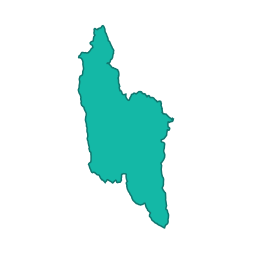 Peque, Antioquia, Colombia (Equal Earth projection), rotated 348°
{"feature_id": "7082276B42388352682684", "entity_name": "Peque", "entity_type": "district", "adm_level": 2, "iso_a3": "COL", "parent_name": "Colombia", "parent_adm1": "Antioquia", "projection": "equal_earth", "projection_center": [-75.872, 7.047], "detail": "fine", "context": "isolated", "style": "filled", "palette": "teal", "viewbox_px": 256, "rotation_deg": 348, "n_neighbors": 0, "source": "geoboundaries", "source_scale": "gbopen_adm2", "svg_char_len": 5840}
<svg xmlns="http://www.w3.org/2000/svg" viewBox="0 0 256 256"><g transform="rotate(348 128 128)"><path d="M89.6,167.8L90.1,168.7L90.7,171.3L91.3,172.4L91.4,173.0L91.8,172.9L92.3,173.5L93.5,175.1L94.3,176.6L94.7,176.1L96.0,175.3L96.8,174.3L97.4,174.3L99.9,176.7L100.4,177.0L101.4,178.5L102.3,178.3L103.1,177.5L105.2,176.5L105.4,176.8L105.6,177.3L105.7,178.7L106.2,179.2L108.2,179.2L108.9,179.4L109.3,179.2L110.7,177.7L110.9,175.8L111.3,175.2L111.8,173.3L111.9,172.6L112.2,172.1L114.0,171.7L116.0,172.3L116.4,172.6L116.6,173.1L116.1,174.8L115.9,176.8L115.9,178.3L116.3,180.2L115.2,180.8L114.8,181.8L115.0,184.0L114.7,184.8L114.7,187.6L115.0,188.6L115.3,190.3L116.1,191.9L116.2,193.1L117.3,195.8L117.3,197.5L117.9,199.8L120.5,203.7L121.2,203.8L122.3,204.9L123.2,205.4L124.2,205.7L124.3,205.9L126.6,205.7L127.7,205.3L127.9,205.0L128.6,205.0L128.9,205.1L129.1,205.8L129.2,208.8L129.5,210.0L130.1,211.4L130.1,212.4L131.7,214.7L132.3,215.8L131.3,216.9L130.9,217.8L130.7,219.0L131.2,219.6L132.0,221.3L132.1,222.5L132.4,223.3L133.6,224.6L134.8,226.4L135.8,227.1L136.1,227.5L136.6,227.5L137.0,228.3L137.4,228.8L137.6,228.9L137.9,229.3L138.6,229.7L139.4,230.4L140.1,230.8L140.4,231.3L140.9,231.5L142.1,232.8L143.0,233.3L144.0,231.5L145.0,230.6L146.6,229.9L147.4,228.9L147.8,227.7L148.1,225.6L148.8,224.3L149.6,221.5L149.5,219.9L149.2,219.0L149.3,217.3L149.2,216.6L148.8,215.7L148.4,215.6L148.2,215.0L148.4,214.2L149.6,212.0L149.6,210.5L149.8,208.3L149.8,206.1L150.3,204.4L151.1,199.6L151.0,199.1L150.4,198.3L149.4,195.7L149.0,194.1L149.2,193.3L150.3,192.0L150.9,190.7L151.4,188.3L152.2,185.5L152.1,184.0L151.6,182.9L151.4,179.9L151.9,175.3L153.1,171.7L152.9,170.4L152.9,169.3L153.1,169.0L153.8,168.7L156.2,166.4L157.7,164.3L158.4,162.0L158.3,160.4L158.0,159.0L158.1,158.0L158.4,156.9L159.3,155.3L159.8,153.5L160.5,151.5L160.5,150.5L159.6,149.5L158.0,148.6L157.7,148.1L157.7,147.7L158.2,146.4L159.0,146.4L161.0,145.9L164.2,143.2L164.4,142.7L164.7,141.4L166.1,138.0L166.5,137.9L167.2,138.6L167.5,138.6L167.9,138.5L168.4,137.8L168.7,137.1L168.7,136.7L168.3,136.0L167.6,135.5L167.5,135.2L167.6,133.6L167.9,132.0L168.6,130.4L168.8,130.4L169.2,131.1L170.0,131.1L170.5,130.7L172.5,130.8L173.4,130.3L174.2,128.7L173.9,128.6L173.9,128.2L173.7,128.0L173.6,128.4L173.3,128.5L173.2,129.0L172.7,129.0L172.1,127.5L171.1,126.8L170.2,125.7L169.4,124.6L169.3,124.0L168.7,123.4L168.0,122.2L167.1,122.2L166.5,121.7L166.1,121.7L165.9,121.4L165.6,121.5L165.2,121.2L165.1,120.6L164.6,119.7L165.0,119.5L165.1,118.9L165.1,117.7L165.3,116.7L165.1,116.4L164.9,116.3L164.9,116.1L165.1,115.8L165.4,115.8L165.0,112.5L165.4,112.0L165.4,111.3L165.7,110.9L165.8,110.7L165.4,109.8L165.6,109.3L165.5,108.8L164.9,108.4L164.4,108.5L164.3,108.3L164.0,108.4L163.8,108.3L163.7,108.4L163.4,108.3L162.9,108.4L162.6,108.3L162.3,108.5L162.0,108.2L161.6,108.1L161.5,107.8L161.5,107.2L161.0,106.8L160.0,105.4L159.7,104.6L159.2,103.9L158.4,103.3L156.1,102.8L155.7,101.8L155.6,101.2L155.3,101.0L155.2,100.7L154.5,100.5L153.7,101.3L153.1,101.4L153.0,100.4L152.5,100.2L152.2,99.6L152.1,98.6L151.7,98.5L151.4,98.0L151.0,98.1L150.6,97.8L150.2,97.8L149.8,97.3L149.2,97.2L148.9,95.9L148.6,95.4L148.2,95.2L147.7,95.3L147.5,94.9L146.2,94.7L143.2,96.3L142.3,95.9L141.9,95.4L141.1,95.2L140.8,95.2L139.7,95.9L138.8,95.9L138.4,96.0L137.9,97.1L137.5,97.4L137.0,98.2L136.3,98.7L135.9,99.8L135.4,100.1L135.1,100.9L134.4,101.1L134.1,101.0L133.4,100.2L132.6,98.2L132.4,97.2L132.4,96.5L133.0,94.5L133.0,94.4L131.2,94.6L130.2,94.3L129.8,93.9L129.5,93.5L129.3,92.3L129.4,91.6L128.8,90.6L128.8,89.9L128.5,89.7L127.9,89.7L127.9,88.7L127.8,88.3L127.8,86.7L128.0,86.0L128.5,85.8L128.6,85.6L128.4,84.6L128.5,84.2L128.3,83.8L128.5,83.4L128.1,82.3L128.2,81.6L128.4,81.1L128.4,80.3L128.7,79.3L128.6,78.7L128.9,78.0L128.8,77.8L128.6,77.6L128.5,77.1L128.9,76.8L129.0,76.4L129.5,75.9L129.6,74.8L130.1,74.5L130.4,72.4L130.4,70.5L129.9,69.7L129.9,68.8L128.9,68.3L128.2,67.4L127.2,67.1L126.2,66.0L125.7,66.0L125.1,65.7L123.7,62.9L123.1,62.1L122.9,61.4L122.0,60.7L121.1,60.5L121.2,60.3L121.5,60.1L123.1,60.4L123.7,60.2L124.7,58.8L125.1,57.8L125.7,57.3L126.1,57.4L126.4,57.2L127.5,55.9L128.7,52.7L129.4,52.0L129.6,50.5L130.2,49.2L129.9,47.8L129.4,47.1L129.2,45.5L128.7,43.8L127.9,39.7L127.7,39.2L127.2,39.0L126.9,38.6L126.9,37.4L127.0,36.8L126.9,35.1L126.5,33.5L126.3,31.2L125.8,30.0L125.6,28.7L125.9,26.9L125.9,26.1L125.4,23.6L124.8,22.7L124.1,22.7L122.1,24.5L121.3,24.4L120.4,24.4L119.7,24.8L119.3,24.7L118.7,25.4L117.3,24.9L116.7,24.0L116.2,23.8L115.6,24.1L115.3,24.6L115.2,26.2L114.6,27.3L114.4,28.6L114.4,29.3L114.9,29.9L114.9,30.5L114.4,30.8L114.0,31.3L113.4,31.8L112.0,35.6L109.9,36.0L108.7,36.8L108.6,37.6L108.7,38.0L109.3,38.8L110.0,39.3L110.2,39.7L110.4,40.5L110.3,42.0L109.8,42.3L108.8,42.6L107.4,44.1L106.2,45.1L105.6,45.3L105.2,46.0L103.2,46.1L102.3,45.5L101.1,45.4L99.2,44.6L98.4,44.6L96.2,46.9L95.0,47.4L94.4,48.7L94.5,49.0L95.7,49.3L96.7,50.1L97.1,50.8L97.5,52.1L97.7,54.0L97.1,56.5L97.0,59.7L96.8,61.1L96.2,62.2L95.5,63.3L95.0,65.4L94.3,66.6L93.3,67.1L92.5,67.2L91.8,67.5L90.5,70.0L90.4,72.8L89.6,75.1L89.2,75.9L88.6,78.3L87.4,80.2L87.3,81.1L87.5,83.7L88.2,85.7L88.3,88.1L88.2,88.7L87.8,89.6L87.8,92.5L87.7,93.0L87.3,93.4L87.2,93.9L87.4,96.1L87.8,96.5L88.3,97.6L88.8,98.0L89.3,98.8L89.1,99.6L89.2,100.6L90.2,104.6L90.2,105.2L89.8,106.9L89.0,108.3L88.0,111.3L88.0,112.7L88.2,115.5L87.7,117.7L88.0,118.6L87.9,119.9L87.4,121.5L87.3,122.6L87.1,123.1L87.4,124.7L87.0,127.7L85.9,129.8L85.9,131.4L86.2,132.5L86.0,134.3L86.0,136.9L86.2,138.3L86.0,139.4L85.6,139.9L85.5,140.3L85.7,141.1L85.7,143.0L86.5,143.9L86.5,144.1L86.5,145.0L86.2,146.3L86.1,147.6L85.2,151.7L84.6,153.3L84.3,153.6L82.4,154.6L81.8,155.5L82.2,156.5L82.3,159.1L82.9,161.6L82.9,162.4L83.4,163.8L84.0,164.3L85.2,164.1L85.6,164.3L86.0,164.8L86.3,164.8L86.6,165.1L87.8,167.0L88.5,167.5L89.6,167.8Z" fill="#14b8a6" stroke="#0f766e" stroke-width="1.5"/></g></svg>